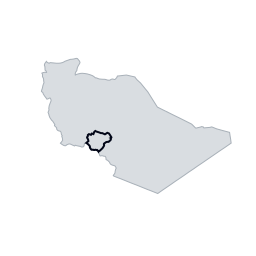 where Ouaddaï sits in Chad, rotated 112°
{"feature_id": "TCD-1475", "entity_name": "Ouaddaï", "entity_type": "Prefecture", "adm_level": 1, "iso_a3": "TCD", "parent_name": "Chad", "parent_adm1": "", "projection": "equal_earth", "projection_center": [21.069, 13.569], "detail": "fine", "context": "in_parent", "style": "outline", "palette": "ink", "viewbox_px": 256, "rotation_deg": 112, "n_neighbors": 0, "source": "natural_earth", "source_scale": "10m", "svg_char_len": 4844}
<svg xmlns="http://www.w3.org/2000/svg" viewBox="0 0 256 256"><g transform="rotate(112 128 128)"><path d="M177.6,75.9L177.6,81.5L177.7,87.2L177.7,92.8L177.7,98.4L177.8,104.1L177.8,109.7L177.8,115.4L177.9,121.0L177.9,122.9L177.8,123.6L177.7,123.7L177.5,123.9L175.3,123.3L174.3,123.3L172.9,123.7L170.9,124.0L169.6,123.9L168.7,124.9L168.0,126.0L168.3,128.9L168.2,129.8L168.0,130.8L167.4,131.6L166.7,132.3L166.4,132.8L165.9,134.1L165.6,134.7L165.6,135.5L165.5,136.4L165.1,136.8L164.2,137.1L163.6,137.5L163.1,138.1L162.8,138.5L163.0,139.1L163.2,139.9L163.3,141.2L163.4,141.9L163.9,142.5L164.2,143.0L164.3,143.5L164.0,143.9L162.9,144.9L162.4,145.2L161.9,145.7L161.7,145.8L160.8,146.7L160.4,147.5L160.2,148.1L160.2,149.0L160.6,150.3L161.1,151.5L161.3,152.3L161.4,153.2L161.4,154.1L161.1,154.9L160.7,155.6L159.1,156.9L158.3,158.3L157.7,160.1L157.5,161.0L157.7,161.6L158.0,162.2L158.5,162.5L159.2,162.5L160.3,162.2L161.4,162.1L162.5,162.7L163.1,164.1L162.9,165.2L163.3,167.1L163.7,169.5L163.7,170.3L163.9,170.6L164.6,170.7L164.7,171.3L164.5,175.4L164.8,176.5L165.3,177.3L165.9,177.8L166.4,178.3L166.7,178.7L167.3,178.8L168.0,179.5L168.2,180.5L168.2,181.5L167.8,183.6L167.4,185.0L167.0,184.9L166.2,184.5L165.2,184.3L163.9,184.0L162.8,184.6L161.5,185.3L161.1,185.9L160.7,186.2L160.2,186.1L159.6,186.2L159.4,186.8L158.9,187.3L157.0,188.5L156.7,189.0L156.4,189.4L156.4,189.9L156.6,190.9L156.6,192.1L156.2,193.1L155.7,193.7L155.2,194.0L154.7,194.1L154.4,194.5L153.5,196.8L153.1,197.2L152.2,197.1L149.8,200.5L149.5,201.5L148.6,202.9L147.5,204.5L146.5,205.2L146.4,205.5L146.2,205.8L145.5,206.1L143.4,208.0L140.8,208.0L139.7,208.7L138.6,209.0L136.9,209.4L136.5,209.4L134.4,209.5L131.9,209.5L131.0,209.7L130.1,210.5L129.5,211.1L129.4,211.3L129.5,211.6L129.5,211.8L131.2,213.3L131.6,214.1L131.2,214.8L130.9,215.0L130.6,215.6L129.6,217.3L128.1,219.4L127.3,220.0L127.0,220.4L126.6,221.8L126.4,222.0L125.3,222.2L123.2,222.3L120.4,222.8L118.7,222.9L117.6,222.8L116.1,223.7L115.6,224.0L115.2,224.1L113.7,225.0L112.5,226.4L112.1,226.7L110.3,227.3L109.6,228.3L109.3,228.4L108.2,227.1L107.4,225.9L107.1,224.7L107.0,224.3L106.8,224.4L106.2,224.9L105.7,225.5L105.4,226.6L103.6,227.4L102.1,228.1L101.4,228.9L100.3,229.3L98.9,229.2L97.8,228.8L96.8,228.7L97.3,227.7L97.5,226.9L97.5,225.9L97.5,225.3L96.9,225.0L96.5,224.5L95.6,221.5L94.7,218.4L93.4,215.4L92.0,213.4L90.9,212.3L90.6,212.1L90.1,211.7L89.7,211.4L87.9,209.4L85.9,207.1L85.4,206.0L84.5,204.4L83.4,202.8L82.8,202.1L82.6,200.8L83.3,199.6L84.1,198.1L85.1,197.1L86.4,197.0L88.5,197.4L90.8,197.6L93.1,197.2L93.6,197.0L94.2,197.0L95.4,197.4L97.5,197.3L98.6,196.7L97.5,195.7L96.2,194.0L95.0,192.2L94.3,190.6L93.7,188.5L93.1,185.9L92.8,182.5L92.8,180.6L93.0,179.2L93.7,177.0L93.3,175.7L93.4,174.7L93.3,173.1L93.1,172.3L92.3,169.7L92.2,169.5L91.5,167.7L91.2,164.7L90.4,162.7L89.1,161.8L88.3,160.6L88.1,158.6L87.6,158.1L85.5,157.3L83.8,157.3L82.6,155.0L81.0,152.1L79.5,149.3L78.6,143.8L78.1,140.7L78.8,139.8L80.0,137.5L81.6,133.2L85.2,126.7L87.0,123.3L90.7,118.2L95.1,112.1L97.6,108.6L98.1,102.3L98.6,95.6L99.0,90.5L99.4,84.6L99.8,79.6L100.1,76.0L100.5,70.8L100.8,69.8L102.5,65.8L102.7,65.3L102.4,64.6L100.0,61.2L99.2,60.4L98.8,58.7L99.5,57.7L96.6,52.0L95.9,51.3L95.6,50.6L95.6,49.5L95.6,45.6L94.9,39.4L94.0,32.2L97.4,30.2L100.0,28.6L103.4,26.7L106.4,28.7L110.8,31.6L115.2,34.6L119.6,37.5L124.0,40.4L128.5,43.4L132.9,46.3L137.3,49.3L141.8,52.2L146.2,55.2L150.7,58.1L155.2,61.1L159.6,64.1L164.1,67.0L168.6,70.0L173.1,73.0L177.6,75.9Z" fill="#d9dde1" stroke="#a8b0b8" stroke-width="1"/><path d="M160.9,146.6L160.1,147.9L159.9,148.4L159.9,148.5L160.1,148.8L160.3,149.0L160.3,149.4L160.3,149.7L160.4,150.2L161.0,150.9L161.2,151.4L161.2,152.1L161.2,152.4L161.4,152.7L161.7,153.2L161.8,153.5L161.7,154.1L161.4,154.6L160.5,155.9L160.4,156.0L159.3,156.5L159.2,156.7L158.8,157.1L158.6,157.6L157.8,159.5L157.6,160.5L157.4,160.9L157.4,161.0L156.3,160.5L155.1,159.8L154.3,160.2L153.3,161.0L152.4,162.2L151.9,162.5L151.6,162.3L150.6,162.2L149.5,162.6L148.3,161.9L148.3,160.8L148.2,159.8L147.4,159.7L146.7,159.5L146.6,157.8L145.2,157.8L144.1,157.8L143.0,157.2L143.1,156.8L143.1,155.5L142.9,153.2L142.9,151.1L142.5,150.3L142.4,150.1L142.4,149.8L142.5,147.0L142.4,146.9L140.2,145.4L140.2,143.6L141.7,141.4L142.2,140.8L142.4,140.7L142.5,140.4L142.8,140.3L142.8,140.2L142.9,139.9L143.0,139.9L143.3,139.9L143.5,139.9L143.6,140.0L143.6,139.9L143.8,139.9L144.2,140.0L144.3,140.0L144.8,139.7L145.3,139.6L145.5,139.6L147.2,140.3L147.3,140.4L147.4,140.5L147.6,140.5L147.8,140.8L148.2,141.0L148.3,141.1L148.5,141.8L148.7,142.2L149.3,143.0L149.5,143.1L150.4,143.7L151.3,144.3L151.6,144.4L151.8,144.4L152.1,144.3L152.2,144.2L152.3,144.1L152.8,143.7L153.1,143.7L153.7,143.6L153.8,143.6L156.3,144.1L159.6,145.6L160.0,145.9L160.0,146.0L160.3,146.4L160.4,146.6L160.5,146.6L160.9,146.6L160.9,146.6Z" fill="none" stroke="#020617" stroke-width="2"/></g></svg>